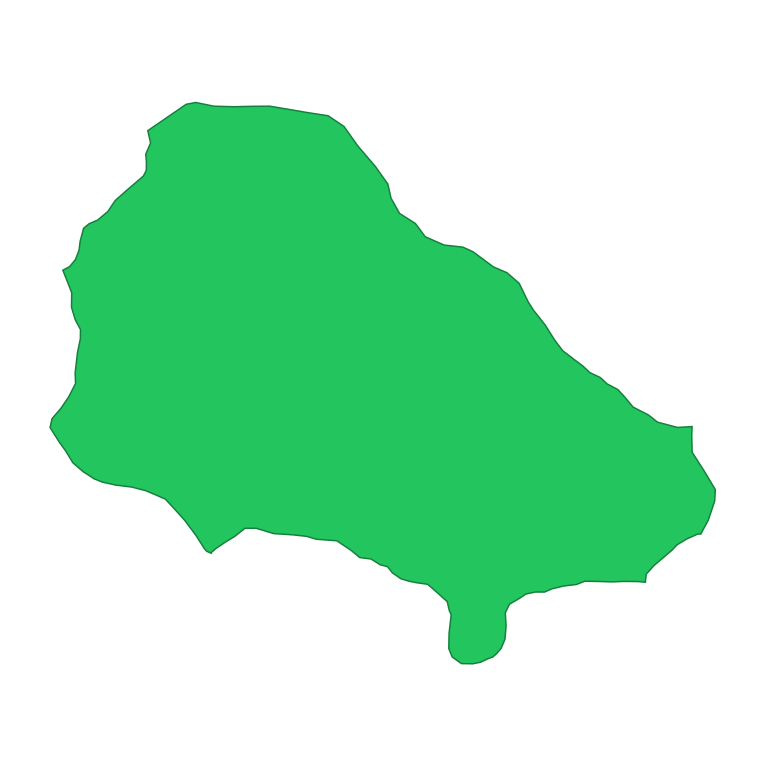 Khizi District, Xizı, Azerbaijan (Mercator projection), rotated 181°
{"feature_id": "54616110B97026515433008", "entity_name": "Khizi District", "entity_type": "district", "adm_level": 2, "iso_a3": "AZE", "parent_name": "Azerbaijan", "parent_adm1": "Xizı", "projection": "mercator", "projection_center": [49.188, 40.748], "detail": "fine", "context": "isolated", "style": "filled", "palette": "green", "viewbox_px": 768, "rotation_deg": 181, "n_neighbors": 0, "source": "geoboundaries", "source_scale": "gbopen_adm2", "svg_char_len": 2076}
<svg xmlns="http://www.w3.org/2000/svg" viewBox="0 0 768 768"><g transform="rotate(181 384 384)"><path d="M64.6,239.6L57.4,253.5L51.3,272.7L50.9,284.2L61.9,301.9L74.7,321.1L75.4,338.0L75.2,346.7L75.2,346.8L89.8,345.7L109.8,350.6L119.0,357.6L134.6,365.3L143.1,375.2L150.1,382.5L161.1,388.1L167.8,394.2L168.2,394.4L178.4,399.0L185.8,405.7L193.7,411.4L205.9,420.4L214.2,431.0L224.1,446.1L236.0,460.6L241.4,468.9L250.6,487.0L263.0,497.4L276.7,503.0L297.2,517.7L307.5,522.2L326.4,524.0L345.3,531.9L355.4,545.0L371.4,554.8L380.2,569.9L383.6,583.9L396.4,601.3L414.4,621.6L428.5,640.8L444.5,651.2L467.0,654.3L484.5,657.0L495.9,658.7L503.0,659.8L521.9,659.3L539.0,658.6L559.0,658.8L577.2,662.2L586.7,660.2L624.6,633.2L621.6,620.9L626.2,609.7L625.4,601.7L625.4,593.5L628.2,587.7L633.3,583.2L644.7,573.1L656.0,562.7L663.1,551.7L673.2,542.9L681.8,539.0L687.1,534.4L690.3,521.4L691.3,512.3L694.7,503.0L700.4,495.9L706.2,492.7L707.1,492.2L697.8,469.8L697.8,455.3L693.9,443.0L688.4,433.1L688.4,423.8L691.0,410.2L693.0,389.7L692.4,379.1L699.1,365.5L706.5,354.2L715.3,343.6L717.1,334.6L707.9,320.6L700.7,310.9L693.7,299.8L683.2,291.0L671.9,284.0L663.6,280.9L650.1,278.2L634.8,276.6L620.4,273.2L600.6,265.1L588.5,252.4L581.0,244.3L569.6,229.6L563.7,220.8L560.9,216.4L558.3,213.6L555.7,212.5L553.9,211.9L554.0,212.2L549.3,216.5L539.6,223.3L530.7,228.9L520.5,237.3L509.3,237.5L491.7,232.5L472.6,231.6L458.5,230.3L449.0,227.6L428.3,226.4L422.9,222.8L414.4,217.4L405.1,210.0L393.9,208.8L384.7,203.2L377.3,201.4L372.3,195.3L363.8,189.6L356.1,187.4L348.8,186.0L336.9,184.5L329.4,178.3L317.0,167.5L314.7,158.4L312.8,154.5L314.6,135.7L314.6,120.6L311.1,112.3L301.8,105.8L290.4,105.8L282.5,107.5L275.6,111.0L270.4,113.0L266.8,116.3L262.2,121.8L258.6,130.9L257.7,144.1L258.7,157.4L254.7,166.0L244.4,172.3L238.6,176.4L229.4,178.6L219.8,178.8L212.6,182.1L201.1,185.1L188.1,186.9L179.8,190.3L165.5,190.3L152.5,190.1L141.0,190.8L127.1,190.9L119.2,190.4L118.5,198.4L110.9,207.2L103.5,213.7L92.9,223.1L88.2,228.3L78.1,234.6L68.0,239.3L64.6,239.6Z" fill="#22c55e" stroke="#15803d" stroke-width="1.5"/></g></svg>